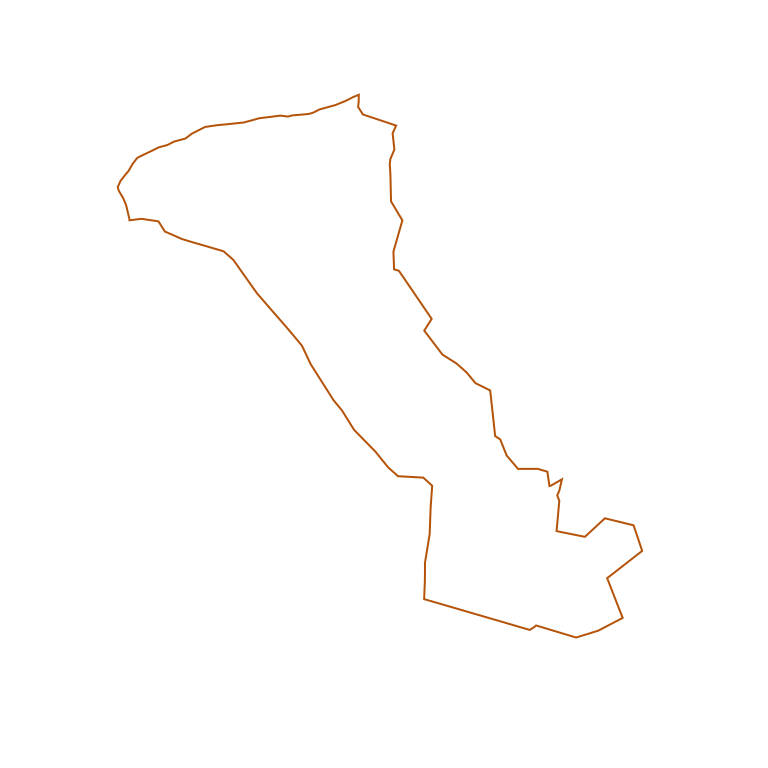 Oriade, Osun, Nigeria (Mercator projection), rotated 165°
{"feature_id": "59680162B70922239420655", "entity_name": "Oriade", "entity_type": "district", "adm_level": 2, "iso_a3": "NGA", "parent_name": "Nigeria", "parent_adm1": "Osun", "projection": "mercator", "projection_center": [4.887, 7.554], "detail": "fine", "context": "isolated", "style": "outline", "palette": "amber", "viewbox_px": 768, "rotation_deg": 165, "n_neighbors": 0, "source": "geoboundaries", "source_scale": "gbopen_adm2", "svg_char_len": 1639}
<svg xmlns="http://www.w3.org/2000/svg" viewBox="0 0 768 768"><g transform="rotate(165 384 384)"><path d="M590.2,643.2L590.2,639.5L587.8,630.8L586.8,623.6L587.0,616.5L587.2,609.3L587.5,608.0L578.1,606.7L575.5,606.3L559.8,599.5L556.1,587.9L541.6,576.3L532.8,570.8L528.8,568.4L504.6,553.7L497.3,542.7L492.9,530.6L483.1,504.2L475.0,487.6L462.5,462.0L453.4,442.4L452.1,435.6L449.7,422.2L441.3,395.3L438.0,384.8L437.1,381.7L431.4,369.2L424.8,347.5L409.8,320.9L401.5,302.2L400.8,301.2L394.3,291.3L370.3,283.4L366.2,277.0L363.8,273.2L370.9,252.7L378.7,227.3L380.4,223.5L390.7,200.7L393.0,192.1L395.5,183.2L400.9,165.8L306.8,108.7L300.8,110.7L299.6,111.4L264.1,89.4L240.8,90.3L214.0,96.3L218.7,138.7L177.8,156.0L179.5,182.9L205.4,197.1L229.5,184.4L255.4,197.2L244.9,225.8L245.5,231.6L242.3,235.5L236.8,245.9L249.1,242.6L250.6,242.6L248.9,257.0L257.6,262.3L276.5,267.3L284.0,283.1L286.1,300.4L290.1,304.9L283.1,350.3L295.5,361.2L301.1,373.6L308.7,385.1L319.9,397.2L331.3,425.1L321.1,434.6L340.3,489.5L344.6,492.1L340.6,509.5L323.9,537.3L329.1,555.7L329.9,558.3L329.7,559.6L324.0,583.0L322.7,589.0L321.6,594.7L319.6,599.7L313.3,607.8L310.8,623.9L305.4,630.5L334.6,649.8L337.3,658.3L335.4,663.2L333.5,669.9L339.7,669.1L347.1,667.5L358.9,666.0L375.1,665.9L382.4,664.4L386.9,664.3L403.1,667.2L407.5,667.2L414.9,670.1L425.2,671.5L435.6,673.0L443.1,672.9L444.4,672.9L451.8,672.9L469.5,675.7L478.4,677.2L490.2,678.6L497.5,677.1L504.9,675.5L512.3,672.5L518.2,672.5L524.1,672.5L531.4,670.9L540.3,670.9L547.6,669.4L556.5,667.8L563.8,666.3L569.7,661.8L575.6,655.9L580.0,652.9L585.9,648.4L590.2,643.2Z" fill="none" stroke="#b45309" stroke-width="2"/></g></svg>